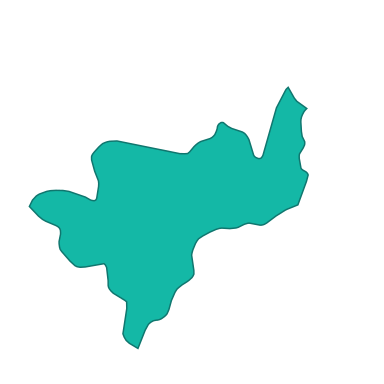 the border of Siliana, rotated 233°
{"feature_id": "TUN-115", "entity_name": "Siliana", "entity_type": "Governorate", "adm_level": 1, "iso_a3": "TUN", "parent_name": "Tunisia", "parent_adm1": "", "projection": "equal_earth", "projection_center": [9.32, 35.967], "detail": "fine", "context": "isolated", "style": "filled", "palette": "teal", "viewbox_px": 384, "rotation_deg": 233, "n_neighbors": 0, "source": "natural_earth", "source_scale": "10m", "svg_char_len": 2497}
<svg xmlns="http://www.w3.org/2000/svg" viewBox="0 0 384 384"><g transform="rotate(233 192 192)"><path d="M217.7,331.8L205.5,330.2L201.3,330.3L189.6,333.9L189.3,331.9L188.8,329.9L187.3,326.7L186.0,324.6L184.3,322.6L182.5,321.1L174.5,315.8L170.0,313.4L164.4,312.3L163.2,311.5L161.9,310.3L160.3,307.4L157.7,300.7L156.3,299.3L154.2,297.8L145.5,293.4L144.6,293.3L143.6,293.5L142.6,293.8L139.6,295.1L138.6,295.3L137.6,295.4L136.7,295.3L135.7,295.0L131.6,289.8L118.0,268.8L121.0,257.6L121.4,255.5L122.3,244.6L122.3,233.1L122.6,230.6L122.9,229.5L123.2,228.7L123.9,227.3L124.7,226.3L132.5,219.2L133.3,218.1L133.8,216.9L134.7,214.5L135.2,212.0L136.0,207.6L136.8,205.5L140.0,200.2L145.3,194.0L146.5,191.9L147.7,188.6L149.2,182.1L150.4,174.2L150.7,169.1L150.0,166.7L148.8,163.8L145.3,157.9L143.4,155.4L141.8,153.7L128.3,146.3L125.3,144.1L124.4,142.5L123.7,140.5L123.3,136.6L123.3,134.5L123.8,128.4L123.7,124.2L123.5,121.8L122.9,120.0L122.0,117.8L117.7,110.2L112.0,102.8L109.7,98.7L109.3,97.0L109.1,95.0L109.2,91.2L109.7,89.2L110.4,87.5L111.1,86.4L112.2,84.2L112.5,83.1L112.8,80.8L112.7,78.6L112.5,77.4L109.8,71.4L99.6,54.7L108.9,50.9L113.1,50.1L116.8,50.5L120.3,51.5L138.2,69.8L143.6,73.7L145.8,73.2L158.5,68.2L161.7,67.7L164.6,67.7L166.4,68.1L167.8,68.8L171.7,71.7L183.1,78.4L185.9,78.9L187.7,78.6L196.4,61.6L199.0,57.7L199.8,56.8L201.6,55.2L203.6,54.2L210.2,53.0L222.8,52.1L225.5,52.2L227.6,53.0L230.6,54.7L232.5,56.1L237.4,61.6L238.8,62.7L240.7,63.9L242.2,64.3L243.4,64.4L245.2,64.0L247.2,63.1L256.7,57.6L260.2,56.1L265.1,54.9L278.3,53.4L281.5,59.7L282.5,65.2L282.4,67.2L282.2,68.9L279.9,76.4L278.2,79.8L275.2,84.3L270.8,89.9L266.5,94.1L252.1,103.8L246.7,106.1L245.6,106.9L243.9,108.6L243.5,110.0L243.8,111.3L244.6,112.4L252.6,120.7L254.9,122.6L257.2,124.0L267.2,126.8L278.0,131.1L280.1,132.6L281.0,133.4L282.0,135.3L282.8,138.3L284.0,144.6L284.3,147.6L284.4,149.8L283.8,152.3L283.1,154.5L282.0,156.8L277.9,162.8L229.9,205.4L227.0,209.1L225.3,211.7L225.4,213.0L225.4,214.0L227.0,220.9L227.3,223.4L227.4,226.0L227.2,228.3L227.0,229.5L223.8,238.6L223.5,241.0L223.7,243.0L223.9,243.9L224.1,244.8L224.5,245.5L225.8,247.9L227.4,250.2L228.9,251.7L229.6,252.9L230.1,254.4L230.0,257.0L229.2,258.2L228.5,258.8L222.9,260.1L218.8,262.0L209.5,268.4L207.1,269.3L204.8,269.5L202.4,269.4L199.6,269.0L184.3,263.4L182.8,263.3L181.2,263.7L178.8,265.1L177.9,266.3L177.5,267.6L177.8,268.8L178.2,269.9L178.7,270.9L208.4,310.1L217.1,328.3L217.4,329.3L217.7,331.8Z" fill="#14b8a6" stroke="#0f766e" stroke-width="1.5"/></g></svg>